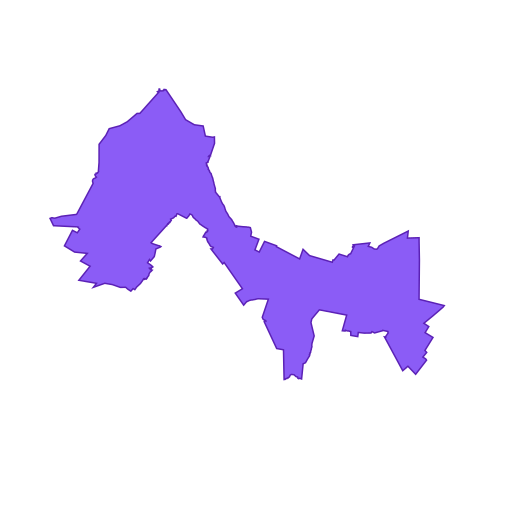 San Luis Potosí, San Luis Potosí, Mexico, rotated 118°
{"feature_id": "50627088B2244666711927", "entity_name": "San Luis Potosí", "entity_type": "district", "adm_level": 2, "iso_a3": "MEX", "parent_name": "Mexico", "parent_adm1": "San Luis Potosí", "projection": "robinson", "projection_center": [-100.954, 22.309], "detail": "fine", "context": "isolated", "style": "filled", "palette": "violet", "viewbox_px": 512, "rotation_deg": 118, "n_neighbors": 0, "source": "geoboundaries", "source_scale": "gbopen_adm2", "svg_char_len": 5995}
<svg xmlns="http://www.w3.org/2000/svg" viewBox="0 0 512 512"><g transform="rotate(118 256 256)"><path d="M261.0,60.0L260.1,62.5L244.8,61.5L244.4,68.7L244.3,70.7L237.2,70.3L236.6,76.2L225.8,71.7L213.3,66.8L211.4,66.5L215.9,84.6L217.7,91.7L182.9,109.8L167.2,118.5L163.3,120.6L169.1,130.7L162.5,133.3L184.7,149.1L189.3,152.0L191.8,152.1L193.3,152.5L194.3,154.8L194.0,158.0L194.8,161.4L191.0,161.6L200.5,175.5L201.1,174.7L201.1,173.8L202.2,173.8L201.8,175.0L202.3,175.1L202.4,174.8L202.5,174.8L202.5,174.5L203.0,174.7L203.1,174.2L203.1,173.9L203.1,173.7L209.7,173.5L210.3,174.3L211.7,174.9L212.0,174.8L212.3,175.0L213.7,174.9L215.3,183.6L223.0,185.2L223.3,186.2L225.7,185.7L230.5,208.9L228.0,217.6L238.1,216.1L238.2,242.4L237.3,242.6L239.1,255.3L251.0,255.0L251.1,259.8L239.8,261.3L240.9,269.3L241.0,269.9L240.9,270.0L237.1,271.1L233.6,274.3L234.0,276.1L234.5,277.0L234.7,277.8L236.3,281.3L238.1,285.8L238.5,287.5L239.6,286.7L239.8,287.1L239.4,288.6L239.0,289.2L238.4,289.8L237.3,291.3L236.3,293.0L235.8,293.9L235.3,294.5L233.9,298.5L232.9,299.8L232.0,301.1L230.7,303.5L230.4,303.9L229.5,304.8L228.8,305.6L227.7,306.6L226.4,308.2L225.7,309.9L224.5,311.7L221.7,315.1L220.7,315.7L221.0,316.0L218.6,321.8L218.4,321.8L218.2,321.9L218.0,322.1L217.6,322.3L217.4,322.6L217.1,322.8L215.6,323.5L212.1,326.9L210.8,327.9L209.7,329.0L207.8,330.6L207.0,331.4L206.8,331.8L205.1,333.6L204.7,334.0L204.4,334.2L204.1,334.8L203.9,335.9L203.4,336.4L203.1,336.8L203.0,336.7L202.8,336.9L202.5,337.3L202.2,337.8L202.0,338.3L201.9,338.9L201.8,339.0L201.3,339.0L201.0,339.2L200.3,339.9L200.0,340.4L200.0,340.6L200.0,340.8L199.7,341.0L199.6,341.8L199.3,342.1L199.0,342.2L198.9,342.3L198.7,342.0L197.5,343.4L197.1,343.6L195.9,342.4L195.2,342.9L195.0,342.7L190.7,343.2L190.1,343.3L190.4,344.3L190.2,344.2L189.9,344.4L189.8,344.5L189.3,343.9L189.3,344.0L188.9,344.1L188.8,343.7L188.5,343.7L188.4,343.5L176.0,345.5L170.4,348.6L171.5,350.0L173.9,357.0L166.0,363.7L169.1,372.1L168.7,382.2L164.0,390.0L151.4,413.6L151.6,414.1L151.8,414.0L152.0,415.1L152.4,414.9L152.8,415.6L153.4,415.3L154.1,416.1L155.3,418.2L155.6,417.9L153.8,419.5L154.2,420.0L155.9,418.9L156.2,419.1L156.9,419.3L156.6,419.8L157.2,420.2L157.3,419.8L157.2,418.8L184.6,425.5L186.0,428.0L197.9,432.7L204.9,437.3L209.7,442.4L212.5,445.4L220.1,445.2L231.0,447.0L247.1,438.5L254.9,435.1L255.2,434.7L255.9,434.7L256.2,434.8L256.6,435.0L256.9,434.8L257.2,434.8L257.5,435.2L257.8,436.0L258.6,435.7L259.2,436.4L259.9,436.4L260.8,435.3L261.3,433.9L262.6,434.5L263.6,435.4L264.4,435.8L265.6,435.9L266.7,435.5L268.4,433.9L300.5,433.9L302.8,433.9L303.6,434.1L312.3,446.5L316.9,451.2L317.1,451.5L317.7,453.1L317.9,453.9L318.0,454.2L319.5,455.5L324.3,449.0L316.0,431.3L314.2,427.6L314.0,426.5L314.4,426.5L315.0,424.2L319.4,424.7L319.5,430.1L337.0,429.9L337.7,418.0L332.9,406.2L342.8,408.6L342.9,397.7L360.6,401.0L355.0,384.0L360.0,384.9L351.1,376.7L348.7,369.5L347.4,361.0L344.8,356.4L345.5,353.5L345.8,350.0L342.5,349.2L342.6,347.2L339.4,346.8L334.5,345.1L330.0,344.5L329.8,344.5L329.6,344.6L329.3,344.3L329.0,343.9L329.0,343.4L328.7,343.2L328.5,343.3L328.6,344.2L328.5,344.3L328.4,344.2L328.4,343.8L328.1,343.5L328.1,343.3L328.0,343.1L328.0,342.3L327.9,342.3L327.8,342.0L327.2,341.9L327.3,342.1L326.3,342.0L325.3,341.8L324.5,341.7L324.2,341.6L323.7,341.5L323.0,341.7L322.9,341.8L321.4,342.1L320.9,342.0L320.3,342.0L319.9,341.8L320.0,341.9L319.8,341.9L319.1,341.5L317.2,341.0L317.5,342.7L317.0,342.7L316.9,343.3L317.1,343.5L317.0,343.8L316.9,343.8L316.9,344.0L316.7,343.9L316.6,344.2L315.8,343.2L315.9,342.6L315.5,342.6L315.4,342.7L314.7,342.6L314.3,342.0L314.2,341.4L313.8,342.6L313.3,344.8L313.2,346.0L313.1,346.7L312.9,348.6L309.1,348.4L309.9,346.8L304.7,345.6L304.0,345.6L300.7,346.5L296.8,347.7L293.3,344.9L292.9,344.6L292.3,344.4L292.4,346.5L292.8,347.4L292.8,348.0L293.5,352.0L293.7,353.8L293.7,354.4L293.6,354.5L293.5,354.9L271.2,349.3L271.2,349.0L269.0,349.1L269.0,348.6L268.6,348.6L268.6,348.4L267.6,348.5L267.6,348.2L266.6,348.2L266.6,347.8L265.6,347.8L264.4,347.5L263.6,348.7L261.0,346.7L258.7,346.1L258.6,345.8L258.5,345.3L255.8,345.6L255.4,344.9L255.3,335.1L255.1,334.8L253.9,334.6L252.4,334.2L249.9,334.1L249.8,333.1L249.8,332.2L250.0,331.4L250.2,331.0L250.4,330.8L251.0,330.2L251.5,329.0L251.9,327.1L252.4,325.9L252.6,323.8L253.6,321.8L254.2,320.4L254.2,319.4L254.5,317.5L254.8,314.0L254.8,313.6L254.8,311.7L254.9,311.2L256.4,311.0L256.4,310.4L257.0,310.4L257.0,310.6L258.3,310.8L258.3,311.4L258.4,311.5L260.4,311.6L261.6,311.6L262.7,311.8L263.5,311.7L264.0,311.7L263.4,309.9L263.2,309.1L263.3,307.8L263.8,307.7L264.2,307.0L264.6,307.0L266.0,305.4L265.9,305.3L266.2,305.0L267.7,302.2L267.9,302.2L268.1,301.8L268.6,300.8L268.6,300.3L268.8,300.0L268.6,299.3L268.4,297.7L270.1,297.7L270.9,299.1L271.0,298.9L278.7,281.7L276.7,281.1L279.1,276.4L280.4,273.9L291.3,252.6L298.5,256.9L305.2,243.8L300.6,242.8L300.5,242.5L298.4,241.0L297.2,239.7L296.6,238.7L295.6,237.5L294.8,236.4L294.2,235.8L293.7,235.3L292.7,234.0L288.3,224.8L307.2,221.7L308.6,219.9L308.5,217.0L308.9,216.7L309.2,218.0L310.1,218.0L328.0,194.3L325.9,187.7L351.9,173.2L351.2,172.3L350.7,172.4L350.0,171.9L349.8,171.2L348.8,170.9L348.5,170.3L348.0,170.3L347.0,169.7L345.2,169.9L344.0,169.2L343.4,167.8L343.0,166.6L343.6,164.5L343.7,163.7L343.3,162.4L344.3,161.6L344.3,160.7L343.4,159.9L343.2,158.0L330.2,163.3L329.1,163.8L327.0,162.2L322.2,162.1L319.5,161.9L318.7,161.9L318.4,162.2L318.0,162.2L318.0,162.5L316.6,162.5L316.4,162.9L315.6,162.6L315.1,162.6L314.5,163.0L312.6,163.3L311.6,163.7L309.9,164.0L308.7,164.8L307.0,165.5L299.3,167.1L289.0,176.2L285.3,177.2L273.8,174.8L265.6,148.2L281.5,144.7L280.4,142.1L279.6,142.3L279.3,140.2L278.6,138.8L278.6,138.1L278.2,136.9L281.6,135.0L279.4,128.3L275.5,129.8L273.3,124.3L270.0,118.3L268.3,118.1L268.3,115.2L262.3,108.9L262.1,109.0L260.7,104.1L261.9,103.4L262.1,103.2L266.1,103.7L266.7,103.4L267.1,104.6L284.0,79.2L288.4,72.6L282.0,70.1L285.5,59.5L267.9,56.5L267.2,57.8L266.9,61.2L261.0,60.0Z" fill="#8b5cf6" stroke="#5b21b6" stroke-width="1.5"/></g></svg>